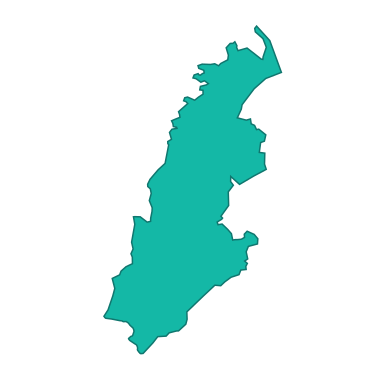 Tranqueras, Rivera, Uruguay (Natural Earth projection), rotated 254°
{"feature_id": "84410073B22832940663467", "entity_name": "Tranqueras", "entity_type": "district", "adm_level": 2, "iso_a3": "URY", "parent_name": "Uruguay", "parent_adm1": "Rivera", "projection": "natural_earth1", "projection_center": [-55.729, -31.199], "detail": "fine", "context": "isolated", "style": "filled", "palette": "teal", "viewbox_px": 384, "rotation_deg": 254, "n_neighbors": 0, "source": "geoboundaries", "source_scale": "gbopen_adm2", "svg_char_len": 2654}
<svg xmlns="http://www.w3.org/2000/svg" viewBox="0 0 384 384"><g transform="rotate(254 192 192)"><path d="M96.8,73.1L95.4,73.6L94.4,74.3L92.0,79.8L88.3,87.0L87.5,89.0L86.3,90.2L85.6,93.0L83.6,94.7L80.9,95.7L77.5,97.8L75.9,98.0L74.6,97.9L74.1,97.9L73.7,97.6L72.2,96.6L71.0,95.8L70.4,95.3L70.2,95.1L70.0,94.0L70.0,93.2L69.9,93.0L69.3,92.0L68.9,91.0L68.8,90.8L68.6,90.6L68.2,90.6L67.3,90.9L66.6,91.2L66.3,91.4L65.8,91.8L63.2,94.0L61.8,95.2L60.6,96.3L60.4,96.4L59.9,96.6L59.6,96.7L59.2,96.7L58.2,96.8L57.6,96.8L57.1,96.7L56.6,96.6L55.8,96.2L55.6,96.1L55.3,96.1L55.1,96.1L54.9,96.1L52.9,96.8L52.4,97.0L52.2,97.2L51.2,97.6L51.0,97.8L50.7,98.3L50.6,98.7L50.5,99.3L50.3,100.5L57.7,112.8L62.4,119.2L60.6,127.4L62.9,131.2L62.7,138.7L62.2,140.8L66.6,149.6L71.0,152.2L78.2,154.0L88.8,174.0L96.1,188.3L94.0,193.8L96.6,198.8L99.3,206.1L99.6,214.4L103.5,217.4L102.6,222.7L105.6,223.2L108.1,225.5L111.1,223.6L112.3,227.1L119.6,227.6L124.2,231.2L124.0,240.6L128.9,242.4L134.1,240.1L139.1,234.2L137.0,230.6L133.9,230.0L133.0,226.4L133.7,222.6L134.3,220.4L134.6,217.9L141.1,218.4L146.2,216.0L152.9,212.1L153.4,208.0L156.2,207.9L157.6,213.0L158.5,214.2L160.7,213.1L168.9,223.5L182.1,226.9L187.1,233.6L191.4,232.0L196.3,233.5L186.2,239.8L190.3,255.6L193.3,269.6L198.8,269.4L209.3,272.7L211.5,267.6L220.6,271.6L220.9,275.6L226.6,278.7L234.0,273.5L234.2,271.2L238.8,270.5L241.2,267.7L246.1,268.3L246.1,264.0L250.8,256.0L258.0,262.2L262.1,264.2L274.1,280.2L280.8,294.2L282.3,310.9L316.1,308.5L333.7,299.8L332.0,297.4L328.5,297.0L319.8,302.5L310.6,303.3L302.3,297.6L299.9,296.6L300.6,295.2L315.2,284.6L315.2,275.2L318.6,274.7L320.3,275.5L324.6,274.6L323.6,272.4L324.3,269.7L321.2,264.6L313.5,264.7L309.2,262.8L307.6,255.0L306.0,252.4L309.0,249.2L309.5,244.9L312.1,237.0L311.8,232.6L309.0,232.6L305.7,236.9L303.1,236.5L302.9,234.5L302.0,232.2L302.7,231.0L304.1,230.5L303.9,226.3L301.4,224.4L299.7,227.2L295.1,230.8L295.5,234.6L291.7,237.6L291.0,235.5L291.2,229.2L288.0,227.6L286.7,230.6L283.0,229.6L281.4,224.4L279.5,219.9L284.5,213.9L284.6,211.0L282.0,209.1L280.4,211.2L278.2,212.3L272.9,201.2L270.1,201.4L267.1,201.0L266.6,195.9L266.1,192.0L263.2,192.5L260.0,192.1L258.5,195.0L257.3,195.1L257.9,190.1L255.5,186.8L248.3,186.8L247.2,182.6L245.1,182.1L243.8,182.6L226.9,174.0L222.7,165.6L215.8,155.2L211.7,151.5L209.4,151.0L206.6,152.8L201.8,152.4L195.5,148.6L187.8,149.4L184.3,148.2L178.3,145.1L175.2,144.1L175.4,140.6L182.4,135.4L184.1,130.1L184.3,128.9L176.7,128.1L160.4,120.1L153.5,119.7L149.4,116.3L145.9,116.7L139.5,115.0L138.4,108.1L135.5,102.0L132.3,99.6L130.9,91.5L120.6,91.2L113.9,87.2L101.8,78.8L96.8,73.1Z" fill="#14b8a6" stroke="#0f766e" stroke-width="1.5"/></g></svg>